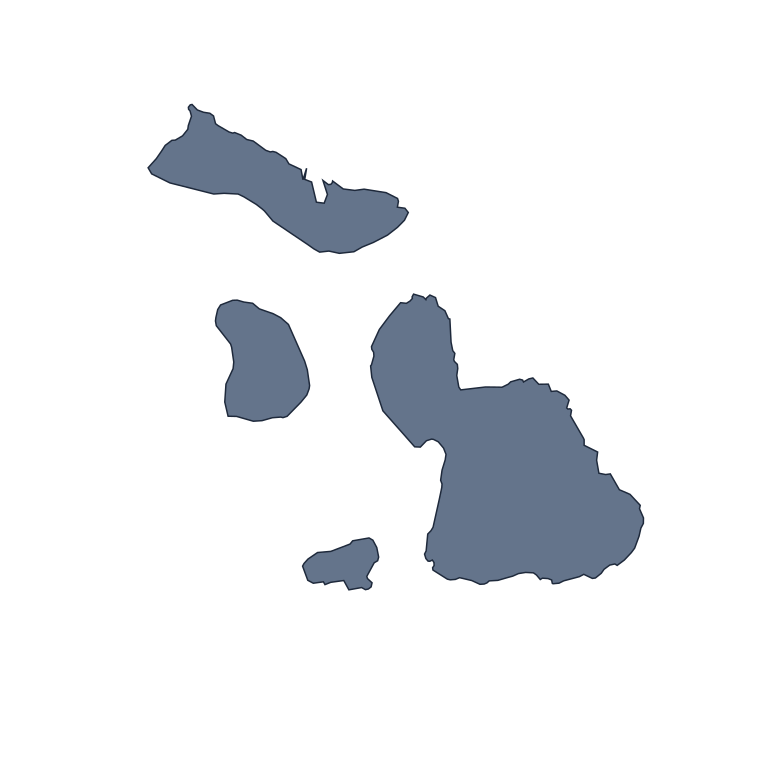 Maui, Hawaii, United States of America, rotated 17°
{"feature_id": "52423323B70973006487009", "entity_name": "Maui", "entity_type": "district", "adm_level": 2, "iso_a3": "USA", "parent_name": "United States of America", "parent_adm1": "Hawaii", "projection": "equal_earth", "projection_center": [-156.639, 20.866], "detail": "fine", "context": "isolated", "style": "filled", "palette": "slate", "viewbox_px": 768, "rotation_deg": 17, "n_neighbors": 0, "source": "geoboundaries", "source_scale": "gbopen_adm2", "svg_char_len": 3544}
<svg xmlns="http://www.w3.org/2000/svg" viewBox="0 0 768 768"><g transform="rotate(17 384 384)"><path d="M361.1,351.9L362.2,354.4L364.8,356.7L366.2,360.3L366.4,369.4L365.9,370.6L370.4,381.2L390.8,410.0L431.7,435.1L437.2,433.7L441.2,425.8L445.6,422.8L447.5,422.5L452.8,423.4L459.7,427.9L463.9,433.2L464.4,436.8L464.7,438.5L464.7,449.4L466.3,459.5L468.7,462.6L469.5,466.0L470.6,478.2L472.8,506.7L471.8,510.6L469.7,514.7L473.1,531.3L472.5,534.8L475.1,538.7L477.9,540.5L479.7,540.1L481.7,538.2L484.1,540.2L484.3,541.1L485.0,542.9L484.2,545.5L485.2,547.6L501.6,552.1L504.6,551.9L509.4,550.0L512.9,547.1L525.4,546.3L534.3,547.5L538.3,546.0L540.6,544.1L542.2,541.5L550.3,538.5L558.7,533.0L563.3,530.1L568.0,526.0L574.5,522.8L582.1,520.9L585.7,522.1L590.6,525.3L592.2,523.4L597.8,522.1L601.6,522.4L603.2,525.4L604.0,525.6L609.6,523.3L613.4,519.7L627.2,511.1L630.7,507.6L640.1,509.0L642.9,507.7L647.1,501.5L648.6,496.9L652.8,491.2L657.4,488.6L660.0,489.3L665.3,482.1L669.8,473.0L671.7,467.7L672.4,455.1L671.8,446.7L672.8,441.5L671.3,436.2L664.8,428.6L664.5,425.1L651.5,417.6L640.0,416.3L626.7,403.8L622.4,405.8L615.6,406.5L609.6,394.7L608.2,386.6L593.3,384.1L591.7,378.8L590.6,377.5L571.7,359.9L571.0,354.3L569.2,353.3L567.2,354.2L565.7,353.5L565.7,345.3L560.3,341.9L551.3,340.1L546.1,342.2L541.2,336.1L532.1,339.0L524.6,334.7L521.0,336.8L516.8,341.3L515.4,339.7L512.3,339.8L504.5,344.9L502.9,347.8L497.8,352.6L494.2,353.6L481.9,357.2L469.8,362.5L459.1,367.2L456.7,365.3L456.4,365.0L451.1,354.6L450.0,347.6L448.4,343.8L444.7,341.8L443.6,340.4L442.8,334.0L440.0,332.0L435.9,324.4L428.0,302.6L426.5,302.7L420.8,296.1L413.1,293.8L411.1,290.9L408.0,286.3L401.9,285.5L399.4,289.6L399.4,291.1L396.1,289.3L386.0,289.4L385.4,292.5L386.1,293.9L384.6,297.1L381.8,300.3L376.1,301.4L369.4,317.1L363.6,333.2L361.1,351.9ZM224.2,197.2L213.1,194.0L209.7,194.1L207.4,195.3L202.6,195.1L187.9,189.9L181.2,190.3L174.7,187.8L167.6,187.2L166.1,188.3L162.2,188.3L149.8,185.4L146.8,184.3L142.6,177.5L138.3,176.0L132.0,176.9L125.4,176.5L118.7,172.8L117.1,173.7L116.0,176.5L116.8,178.4L118.7,179.6L121.6,184.2L121.3,194.0L121.9,197.8L118.8,205.6L113.1,211.8L109.9,213.0L105.0,219.8L103.2,226.2L100.4,235.0L95.2,246.2L100.4,251.0L120.5,254.3L165.6,252.1L175.3,248.4L188.9,245.0L195.4,246.0L209.4,249.6L216.5,252.3L219.1,253.5L230.2,260.7L250.5,266.9L270.2,272.9L277.5,275.3L283.9,276.7L292.4,273.0L303.1,272.1L316.6,266.3L323.1,259.4L332.5,251.7L343.9,240.5L351.1,230.2L355.7,221.4L357.1,212.9L352.6,209.8L345.1,211.0L344.4,205.1L342.7,202.6L330.0,200.4L308.0,203.5L299.5,207.4L288.0,209.4L275.5,204.9L275.7,206.5L274.8,208.6L272.5,209.6L266.1,207.2L274.5,219.3L273.9,228.6L266.2,229.9L255.7,212.0L248.4,211.5L246.9,200.3L246.8,212.4L242.0,203.2L228.7,201.3L224.2,197.2ZM203.2,361.4L203.8,369.5L204.4,373.0L206.6,377.3L225.6,390.6L227.6,393.5L233.9,406.9L235.2,413.4L232.9,430.3L237.0,447.8L244.3,460.4L252.5,458.1L269.9,457.8L278.1,454.7L287.1,448.9L295.0,445.8L297.2,445.7L300.8,443.2L309.9,425.6L313.4,417.1L313.8,410.5L313.3,407.2L306.5,392.8L301.4,385.3L275.2,355.0L265.9,350.8L257.6,349.2L242.8,348.6L234.8,345.2L226.0,346.6L219.2,346.7L214.8,348.2L204.6,356.2L203.2,361.4ZM360.0,579.0L359.4,582.0L368.5,594.0L374.6,595.2L383.9,590.9L386.2,593.1L391.1,589.2L403.0,583.7L410.6,591.1L422.1,585.2L426.4,586.1L429.0,584.6L431.0,581.8L430.7,577.6L425.1,574.9L423.8,573.0L426.9,557.8L429.6,554.9L429.5,551.1L424.9,542.5L419.0,536.6L414.7,535.6L399.9,543.1L398.3,547.0L382.1,559.6L369.7,564.6L362.5,573.6L360.0,579.0Z" fill="#64748b" stroke="#1e293b" stroke-width="1.5"/></g></svg>